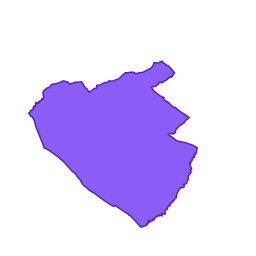 outline of Botesti, Arges, Romania, rotated 44°
{"feature_id": "2599482B8946792531978", "entity_name": "Botesti", "entity_type": "district", "adm_level": 2, "iso_a3": "ROU", "parent_name": "Romania", "parent_adm1": "Arges", "projection": "natural_earth1", "projection_center": [25.164, 45.018], "detail": "fine", "context": "isolated", "style": "filled", "palette": "violet", "viewbox_px": 256, "rotation_deg": 44, "n_neighbors": 0, "source": "geoboundaries", "source_scale": "gbopen_adm2", "svg_char_len": 5790}
<svg xmlns="http://www.w3.org/2000/svg" viewBox="0 0 256 256"><g transform="rotate(44 128 128)"><path d="M46.4,186.4L49.9,187.0L50.2,186.6L51.1,186.6L53.9,187.2L55.4,187.7L60.4,190.8L66.4,193.6L68.3,194.2L68.5,194.5L79.0,199.2L80.4,199.9L81.5,200.7L81.9,200.4L82.2,200.1L83.9,199.7L86.1,199.1L92.2,198.0L95.8,197.8L96.2,197.6L96.5,197.3L99.9,197.3L106.6,196.9L110.4,197.4L118.2,197.9L121.4,197.5L124.1,197.7L124.5,198.1L130.4,198.6L131.0,199.0L132.9,199.7L136.6,200.1L137.9,200.0L139.9,199.5L142.9,199.8L143.7,199.7L149.1,198.2L151.1,198.1L153.7,197.7L158.1,197.2L167.6,195.6L171.8,194.5L173.2,192.6L189.3,189.6L189.3,189.9L191.5,189.5L206.3,190.3L206.3,189.9L206.6,189.4L206.7,188.9L207.3,188.6L207.6,188.1L207.4,187.4L207.5,187.0L208.6,186.1L208.7,185.8L208.6,184.8L208.9,184.3L208.8,184.1L208.3,183.8L208.2,183.7L208.3,183.4L208.5,183.0L208.6,182.3L207.4,180.8L207.3,180.6L207.3,180.0L207.9,180.1L208.7,180.7L209.0,180.5L209.0,179.4L210.0,177.7L209.9,177.5L209.3,177.3L209.2,176.5L209.3,176.1L209.6,175.9L209.9,175.9L210.4,176.0L210.6,175.9L210.4,175.4L209.6,174.0L209.5,173.7L210.0,173.1L210.1,171.9L210.5,171.2L210.0,170.9L209.9,170.7L210.4,170.3L211.0,170.0L211.5,169.5L211.5,169.1L211.0,168.7L211.9,168.0L213.5,167.7L213.5,167.4L213.3,167.2L212.5,167.0L212.1,166.8L212.0,166.6L212.1,166.2L211.9,165.7L212.2,165.5L213.0,165.3L213.5,164.7L214.1,164.6L214.4,164.3L214.4,164.0L214.3,163.7L213.9,163.2L213.1,163.1L212.6,162.7L212.0,161.7L212.0,161.4L212.2,160.3L212.6,159.5L212.6,159.1L212.0,158.3L212.0,157.8L211.3,157.7L211.1,157.4L211.1,157.1L211.5,155.9L212.1,155.2L212.2,154.8L212.0,154.4L211.0,153.9L210.8,153.7L211.4,153.2L211.3,152.8L210.9,152.3L211.4,151.4L211.2,150.7L211.2,150.4L211.6,150.1L211.3,149.2L211.1,149.0L210.8,148.9L210.7,148.7L210.8,148.5L211.3,148.3L211.2,147.0L210.7,146.1L210.6,145.7L210.7,145.4L211.2,144.6L210.6,144.1L209.5,142.5L208.7,141.2L207.0,134.8L207.0,134.6L207.5,134.2L207.7,133.8L208.4,133.5L208.8,133.1L209.1,132.4L209.0,131.0L208.9,130.8L208.3,130.4L207.5,130.3L207.2,130.1L207.4,129.6L208.3,128.3L208.5,127.7L208.5,126.8L207.2,124.8L207.2,123.6L206.6,122.4L206.4,122.1L205.6,121.6L205.0,121.3L204.7,120.3L204.2,119.7L204.6,118.8L204.4,118.0L204.3,116.6L204.0,115.9L203.7,115.6L203.0,115.4L202.3,114.9L201.8,114.7L202.4,113.8L202.4,113.5L202.0,113.1L201.0,112.6L198.5,112.0L198.1,110.7L197.8,110.3L197.6,110.2L197.2,110.5L196.8,110.5L196.4,110.4L196.1,110.1L195.9,109.8L196.0,109.5L196.5,109.1L196.9,108.5L196.8,107.7L196.2,105.7L195.9,105.5L195.3,105.3L195.1,105.1L195.0,104.9L195.3,104.2L195.9,103.6L196.0,103.2L196.1,102.5L195.7,102.2L195.1,102.3L194.9,102.1L194.6,101.8L194.6,101.5L194.6,101.0L194.9,100.3L194.7,99.7L194.1,99.6L194.4,98.9L194.2,98.1L193.2,96.8L192.6,95.7L191.8,95.1L191.9,94.7L191.8,94.4L191.3,94.2L190.6,94.4L189.9,94.4L186.3,95.6L184.3,96.4L179.7,98.6L177.5,100.1L176.2,100.5L175.9,100.6L174.7,102.2L174.4,102.3L173.7,102.2L172.0,103.2L170.4,103.6L166.0,103.9L163.0,104.6L162.3,104.5L161.4,104.6L161.6,104.0L161.7,103.1L161.8,102.9L162.7,102.0L163.3,102.0L163.6,101.6L164.2,101.3L164.0,100.8L164.0,100.6L164.9,100.3L164.7,99.3L164.9,99.0L165.4,98.6L165.4,98.4L164.6,97.8L164.3,97.5L163.8,96.4L163.7,95.9L163.5,95.4L163.7,94.6L163.5,93.6L163.6,93.1L163.4,92.3L163.5,90.0L164.1,88.7L164.2,87.2L164.7,86.0L164.7,84.2L164.0,82.7L164.1,82.2L164.8,80.6L164.5,79.5L164.7,78.0L161.0,78.7L160.5,79.1L160.3,78.9L160.4,78.6L154.4,79.9L152.6,79.9L151.3,80.3L150.2,80.4L148.3,80.3L148.0,80.4L147.4,81.0L144.1,81.6L141.5,81.6L141.3,81.5L138.7,81.7L138.2,81.7L137.8,82.2L137.5,82.3L136.6,82.1L135.9,82.4L135.0,82.4L134.7,82.5L133.9,82.3L133.5,82.2L132.7,82.5L132.3,81.5L132.4,81.3L130.0,82.1L129.1,82.6L121.3,83.4L116.8,82.7L116.8,82.0L117.2,81.1L118.1,79.9L118.6,79.4L118.8,79.1L119.0,78.3L119.0,76.6L119.5,75.3L119.3,74.6L118.7,74.0L118.8,73.4L119.9,72.1L120.8,71.9L121.3,71.5L121.5,70.2L121.3,69.4L121.3,69.0L122.1,67.8L122.4,67.3L122.1,66.5L122.5,65.6L122.2,64.9L122.7,64.2L122.3,63.8L122.3,63.2L122.7,62.4L123.7,61.6L123.9,61.1L124.0,59.9L123.2,59.2L123.3,58.8L123.7,58.1L123.1,57.3L123.2,56.0L117.0,55.4L114.1,55.3L112.5,55.9L111.9,56.4L111.2,56.0L109.0,56.4L106.9,57.1L106.5,56.1L105.6,57.3L105.0,58.5L104.9,60.0L104.3,60.8L102.3,61.9L101.4,62.8L101.5,63.2L102.5,65.5L102.9,67.5L102.9,69.3L101.5,73.0L100.3,76.8L99.5,78.5L98.3,79.6L97.4,80.9L97.0,82.1L95.3,83.6L94.1,83.9L92.2,84.8L92.0,85.6L90.2,87.0L90.0,88.0L87.6,90.1L87.9,90.8L87.6,91.9L87.4,94.6L87.2,95.3L87.5,96.1L87.1,98.3L86.9,100.1L86.3,100.8L85.8,101.6L85.4,103.0L84.4,104.8L83.8,105.5L83.5,105.9L82.2,106.6L81.8,107.1L81.4,109.3L81.2,109.7L80.8,110.5L80.4,110.7L79.5,111.9L79.4,112.5L78.7,114.0L78.6,114.6L78.3,115.2L77.7,117.4L76.7,117.9L76.1,118.5L75.9,119.2L76.6,120.0L77.8,121.0L77.7,121.4L76.4,122.7L76.1,124.4L76.1,125.1L75.9,125.7L76.1,126.3L75.6,128.0L75.7,128.5L74.7,129.5L72.6,128.7L71.0,128.3L70.2,128.6L69.3,128.4L68.5,128.7L66.7,128.2L65.0,127.4L62.4,127.0L60.8,129.2L60.5,129.7L59.0,130.8L58.4,131.4L57.2,134.1L56.4,135.4L55.9,136.2L55.0,137.1L52.2,137.0L51.7,137.2L50.4,138.2L49.1,138.6L48.6,139.4L47.8,141.4L47.3,142.3L46.9,143.7L45.0,146.8L43.5,148.6L43.0,149.3L42.7,150.3L43.0,152.6L42.9,153.8L42.7,154.2L42.2,155.1L42.1,155.6L41.8,156.3L41.9,157.7L41.6,158.9L41.6,160.2L42.3,161.3L42.5,161.9L43.3,162.2L44.1,163.2L45.4,164.2L46.0,164.3L46.7,165.4L46.8,166.0L46.2,166.4L45.8,166.5L45.8,167.1L46.5,167.8L46.5,168.2L46.1,168.9L45.9,169.3L46.2,170.2L45.8,170.5L45.6,171.1L46.4,172.1L45.2,172.7L45.2,173.4L45.0,173.7L44.5,173.5L44.2,174.0L44.3,174.4L44.8,175.0L45.1,175.3L45.8,175.4L45.9,175.7L45.6,176.1L45.5,176.8L46.3,177.0L46.3,177.4L45.4,178.2L45.3,178.6L45.5,179.0L46.5,179.5L46.5,179.9L46.4,180.3L46.7,181.4L46.4,182.0L45.9,182.5L45.8,183.0L45.8,183.3L46.5,184.1L46.2,186.0L46.4,186.4Z" fill="#8b5cf6" stroke="#5b21b6" stroke-width="1.5"/></g></svg>